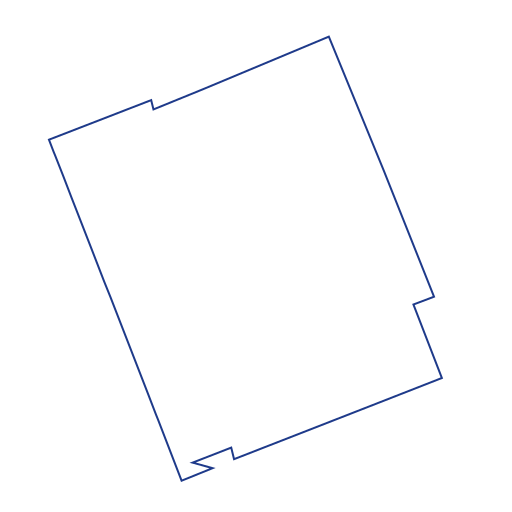 outline of Edgar, Illinois, United States of America, rotated 159°
{"feature_id": "52423323B29187483714259", "entity_name": "Edgar", "entity_type": "district", "adm_level": 2, "iso_a3": "USA", "parent_name": "United States of America", "parent_adm1": "Illinois", "projection": "albers", "projection_center": [-87.648, 39.68], "detail": "fine", "context": "isolated", "style": "outline", "palette": "blue", "viewbox_px": 512, "rotation_deg": 159, "n_neighbors": 0, "source": "geoboundaries", "source_scale": "gbopen_adm2", "svg_char_len": 519}
<svg xmlns="http://www.w3.org/2000/svg" viewBox="0 0 512 512"><g transform="rotate(159 256 256)"><path d="M407.0,321.4L406.9,286.4L406.6,269.5L406.2,164.2L406.2,151.1L406.2,144.2L406.1,137.8L406.0,72.9L372.6,73.5L389.2,85.8L347.8,86.0L349.3,74.2L218.9,74.9L126.2,75.5L126.4,154.3L104.4,154.2L105.6,250.2L106.1,289.5L109.4,434.7L245.4,430.7L299.2,429.6L298.0,439.1L407.6,438.8L407.6,425.6L407.5,422.2L407.3,399.8L407.3,393.8L407.3,376.8L407.2,360.4L407.0,321.4Z" fill="none" stroke="#1e3a8a" stroke-width="2"/></g></svg>